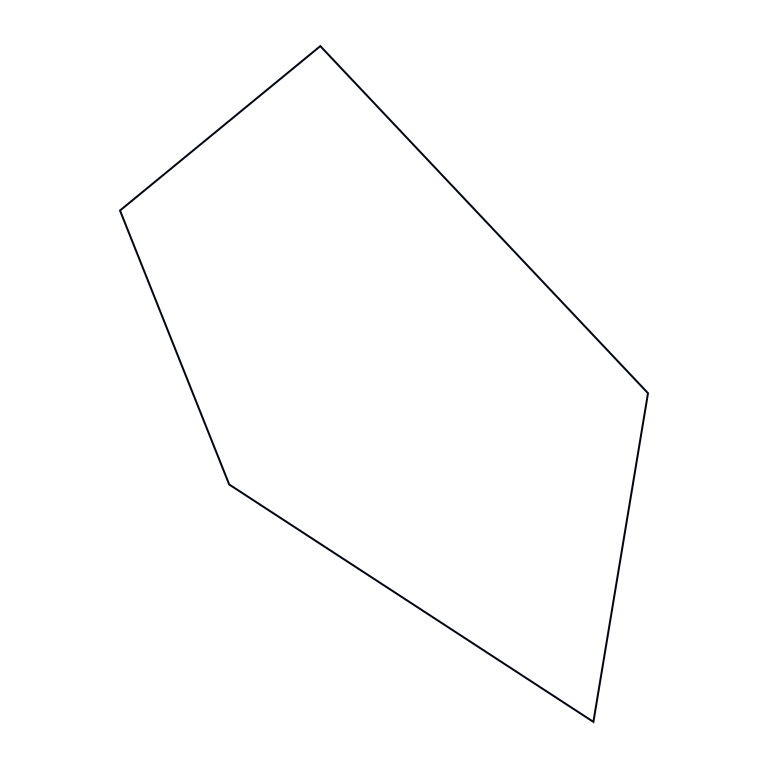 the border of Mont Buxton
{"feature_id": "SYC-5214", "entity_name": "Mont Buxton", "entity_type": "state/province", "adm_level": 1, "iso_a3": "SYC", "parent_name": "Seychelles", "parent_adm1": "", "projection": "orthographic", "projection_center": [55.442, -4.613], "detail": "fine", "context": "isolated", "style": "outline", "palette": "ink", "viewbox_px": 768, "rotation_deg": 0, "n_neighbors": 0, "source": "natural_earth", "source_scale": "10m", "svg_char_len": 198}
<svg xmlns="http://www.w3.org/2000/svg" viewBox="0 0 768 768"><path d="M229.2,484.5L120.0,210.5L320.3,46.1L648.0,393.2L593.4,721.9L229.2,484.5Z" fill="none" stroke="#020617" stroke-width="2"/></svg>